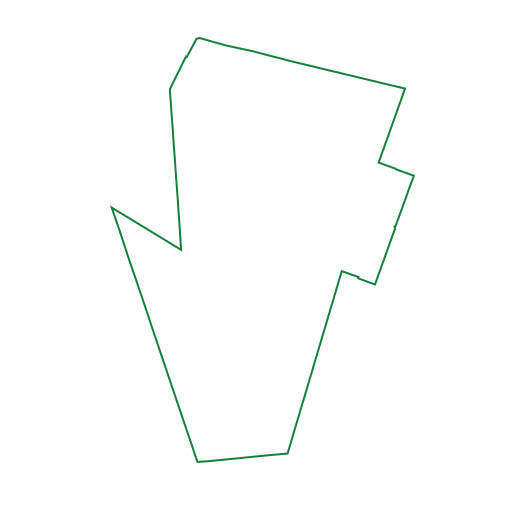 Tonanitla, México, Mexico (Mercator projection), rotated 6°
{"feature_id": "50627088B85888677914185", "entity_name": "Tonanitla", "entity_type": "district", "adm_level": 2, "iso_a3": "MEX", "parent_name": "Mexico", "parent_adm1": "México", "projection": "mercator", "projection_center": [-99.056, 19.68], "detail": "fine", "context": "isolated", "style": "outline", "palette": "green", "viewbox_px": 512, "rotation_deg": 6, "n_neighbors": 0, "source": "geoboundaries", "source_scale": "gbopen_adm2", "svg_char_len": 1835}
<svg xmlns="http://www.w3.org/2000/svg" viewBox="0 0 512 512"><g transform="rotate(6 256 256)"><path d="M219.3,466.9L230.0,465.1L236.6,463.7L249.3,461.1L250.2,460.9L259.4,459.0L268.6,457.1L277.8,455.2L286.9,453.3L289.5,452.8L298.8,451.0L308.0,449.2L309.9,439.3L311.6,430.0L313.3,420.7L315.1,411.4L316.8,402.0L318.6,392.7L320.3,383.4L322.0,374.0L323.8,364.7L325.5,355.4L327.2,346.1L329.0,336.7L330.7,327.4L332.5,318.1L334.2,308.7L335.9,299.4L337.7,290.1L339.4,280.7L341.1,271.4L342.9,262.1L353.1,264.6L360.0,266.1L359.9,267.3L360.6,267.7L377.3,271.9L377.4,271.5L377.9,269.5L378.0,269.2L378.5,267.2L379.0,264.9L379.6,262.5L380.0,260.8L380.1,260.3L380.7,258.1L380.7,257.9L381.8,253.4L383.5,246.7L385.1,240.2L386.7,233.6L388.3,226.8L390.0,219.9L391.5,213.8L390.7,212.3L391.7,211.7L394.6,199.9L396.3,193.2L397.9,186.5L399.6,179.8L401.2,173.1L402.4,168.3L402.9,166.4L404.6,159.7L386.8,155.3L386.0,154.7L368.2,150.3L370.7,139.9L373.2,129.6L375.5,120.3L377.7,111.1L380.0,101.8L382.2,92.5L384.5,83.2L386.7,73.9L376.5,72.6L366.3,71.3L356.1,69.9L345.9,68.6L335.7,67.2L325.5,65.9L315.3,64.5L315.0,64.5L304.9,63.2L294.8,61.8L284.7,60.5L274.6,59.2L263.9,57.6L253.1,56.0L242.4,54.4L231.6,52.7L222.2,51.7L212.8,50.7L203.4,49.6L188.4,47.1L177.1,45.1L174.1,46.2L173.7,47.3L166.3,65.4L165.5,65.0L164.5,67.7L162.7,72.5L160.7,78.1L156.8,88.5L153.0,98.9L153.1,100.0L153.2,101.3L154.9,110.4L156.5,119.6L157.5,125.3L158.3,129.6L160.1,139.5L161.8,149.5L163.6,159.5L165.4,169.4L167.1,179.4L168.9,189.4L170.7,199.4L172.5,209.3L174.2,219.3L175.9,228.9L177.6,238.5L179.2,248.1L180.9,257.7L171.7,253.4L162.5,249.0L153.3,244.7L144.2,240.3L135.0,236.0L125.8,231.6L116.6,227.3L107.4,222.9L118.0,245.7L131.3,275.4L137.4,288.3L141.1,296.4L150.7,317.2L163.2,344.8L188.3,399.5L214.2,455.8L214.7,457.1L219.3,466.9Z" fill="none" stroke="#15803d" stroke-width="2"/></g></svg>